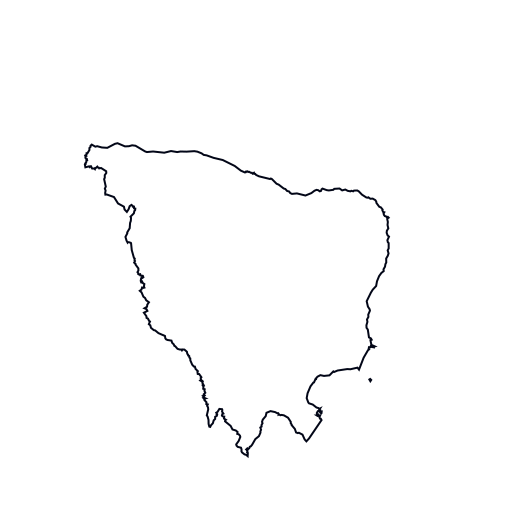 the district of Karang Asem, Bali, Indonesia, rotated 327°
{"feature_id": "22746128B60715781377305", "entity_name": "Karang Asem", "entity_type": "district", "adm_level": 2, "iso_a3": "IDN", "parent_name": "Indonesia", "parent_adm1": "Bali", "projection": "natural_earth1", "projection_center": [115.49, -8.359], "detail": "fine", "context": "isolated", "style": "outline", "palette": "ink", "viewbox_px": 512, "rotation_deg": 327, "n_neighbors": 0, "source": "geoboundaries", "source_scale": "gbopen_adm2", "svg_char_len": 6122}
<svg xmlns="http://www.w3.org/2000/svg" viewBox="0 0 512 512"><g transform="rotate(327 256 256)"><path d="M133.4,355.0L133.3,356.8L132.4,358.6L127.9,362.9L128.0,364.2L126.9,367.6L124.8,371.0L123.9,373.7L124.5,374.4L126.2,373.4L128.7,372.8L131.0,370.8L133.0,370.4L134.2,368.6L136.1,368.7L136.9,368.0L136.8,367.4L137.3,367.3L137.3,365.8L138.8,365.8L142.0,364.3L144.1,366.0L143.9,366.8L142.8,368.0L142.8,370.4L141.7,370.2L140.5,371.3L140.7,372.3L141.9,373.4L140.6,374.9L141.5,376.9L140.8,376.9L140.0,377.8L142.2,384.7L141.8,388.7L144.0,391.3L144.7,393.5L143.4,395.0L144.4,396.1L144.7,397.9L144.3,399.2L140.7,401.7L136.8,403.2L136.4,404.4L136.7,406.1L139.0,408.6L138.6,410.2L137.4,412.0L137.3,413.1L138.3,416.1L139.4,417.3L140.0,419.3L141.9,416.7L141.6,415.8L142.6,415.0L142.5,414.2L143.0,414.0L142.5,412.9L144.0,412.6L144.3,413.7L145.7,413.5L146.9,412.6L148.0,412.8L149.9,412.2L155.7,409.2L160.3,408.7L163.5,406.6L164.2,405.4L165.6,404.5L166.2,402.2L167.8,402.1L168.5,400.8L170.4,399.8L170.7,398.4L172.6,396.9L176.9,395.6L179.4,393.2L183.7,394.0L187.0,397.3L188.3,399.6L189.0,399.9L189.0,401.0L188.6,401.4L189.1,401.5L189.7,402.8L190.9,403.2L192.6,404.8L194.8,409.1L194.8,414.1L194.1,415.0L194.1,416.9L193.8,417.2L194.4,422.2L193.5,425.8L194.6,427.3L195.7,427.6L197.7,431.1L196.9,436.3L197.3,438.9L201.1,437.9L221.6,429.3L221.7,427.8L221.1,427.3L221.4,425.7L222.9,424.7L220.6,423.8L220.2,422.9L221.7,423.8L222.0,422.8L220.7,422.1L221.6,420.7L223.4,419.8L224.3,420.0L224.9,423.3L225.4,423.4L226.3,422.3L225.6,422.1L226.0,420.4L225.3,419.4L226.6,418.8L225.8,418.7L225.6,417.6L224.2,416.0L222.7,411.5L220.2,408.4L220.1,407.3L221.1,402.8L224.5,399.2L230.7,395.0L235.1,393.4L235.8,393.6L239.0,391.5L239.4,391.9L240.3,391.1L241.9,390.7L245.1,391.0L247.7,393.6L252.6,396.1L258.0,394.9L258.3,395.8L262.1,396.5L270.9,400.5L273.5,402.4L280.3,404.9L280.5,407.4L290.9,399.9L298.6,396.0L300.0,395.9L300.0,395.1L301.1,394.0L302.1,394.8L303.1,394.1L303.5,395.3L305.1,396.8L305.4,396.2L306.4,396.5L304.4,393.4L306.1,388.9L307.4,389.2L307.5,387.7L306.4,385.8L309.7,378.6L309.6,376.4L310.9,374.2L313.6,371.9L314.5,369.7L317.1,368.3L318.2,366.3L321.8,363.9L322.3,362.5L322.3,359.4L324.2,354.2L332.4,349.3L335.6,347.8L340.4,346.6L343.7,343.1L348.3,339.9L351.9,338.5L354.9,338.2L355.7,336.6L358.4,335.2L360.1,333.3L361.7,332.4L363.8,329.0L366.6,327.6L368.6,326.0L369.5,323.0L371.4,321.9L374.3,317.4L374.1,316.2L374.8,314.3L378.1,312.2L377.6,310.4L378.2,307.7L379.5,306.1L382.0,304.9L383.2,301.6L385.1,299.3L386.2,296.4L386.9,295.8L386.7,293.7L385.8,292.7L385.7,291.2L386.1,289.9L387.4,289.2L386.6,288.3L386.9,286.4L387.5,286.0L387.2,283.2L386.2,281.9L385.9,277.1L386.5,275.8L386.5,274.1L385.1,271.4L383.1,270.3L382.2,268.0L381.5,268.0L380.4,267.0L378.3,262.3L377.4,257.7L376.6,256.2L373.8,254.5L372.8,254.7L371.4,253.2L370.4,253.2L368.4,251.3L367.1,248.9L364.0,247.9L362.8,244.9L358.2,242.3L356.9,242.6L352.8,240.7L351.2,239.3L348.5,235.7L347.3,235.8L346.0,236.8L344.7,236.5L344.0,234.7L342.8,233.5L340.6,233.1L336.7,233.4L330.4,232.2L324.4,225.8L320.0,223.5L319.0,221.9L318.9,219.9L317.5,218.4L317.1,215.8L316.0,214.5L313.9,208.5L312.6,206.6L311.2,200.0L310.6,199.1L309.7,199.1L301.9,190.8L300.2,188.0L300.1,186.7L299.3,186.2L299.6,185.1L298.0,185.1L297.8,183.9L297.0,183.4L296.0,181.5L295.2,181.3L294.9,180.3L293.5,179.7L293.1,180.2L292.2,179.9L289.8,176.2L287.2,168.9L280.4,157.4L273.9,150.6L269.4,144.7L267.2,142.7L266.3,140.3L263.7,136.6L261.4,134.5L254.5,130.6L249.7,127.3L246.5,125.9L241.9,121.7L235.3,119.4L226.6,112.3L221.1,109.4L220.0,108.0L215.0,97.9L212.4,95.7L209.2,94.7L205.8,92.7L201.3,86.0L198.8,85.1L190.2,84.3L185.8,81.0L182.6,77.4L180.8,76.8L178.9,73.1L177.3,73.4L176.8,74.3L175.1,74.7L174.0,76.4L170.6,78.0L169.9,77.5L168.9,78.8L168.0,78.7L168.0,79.5L167.3,79.2L167.2,80.0L166.4,80.7L166.4,81.8L167.0,82.4L166.5,83.8L165.7,83.6L164.7,84.9L163.3,85.3L163.3,86.0L162.3,86.1L161.2,88.7L164.6,89.8L164.9,90.8L165.6,90.4L166.5,90.8L166.2,93.4L168.0,94.6L168.2,95.4L169.0,94.7L169.3,95.0L171.6,94.6L171.7,95.9L172.3,96.4L172.2,97.1L174.0,97.8L176.5,103.3L175.7,104.8L173.2,105.8L171.8,108.0L170.5,108.8L167.8,116.0L165.9,117.2L165.5,119.2L163.8,121.0L163.1,122.5L164.3,123.1L169.0,129.2L168.9,136.8L172.1,142.7L171.1,145.4L171.7,148.7L174.6,147.4L177.2,145.4L179.4,145.3L180.0,147.3L179.6,147.6L179.8,148.3L180.4,148.4L179.7,149.6L180.6,150.5L179.6,151.7L178.5,152.0L176.8,153.7L172.1,154.7L172.0,155.9L170.1,158.4L168.4,159.7L165.2,163.9L160.8,166.1L160.4,166.9L156.9,168.9L155.8,172.6L155.6,174.8L156.1,174.6L156.9,175.2L158.2,176.8L158.1,177.4L155.0,183.4L152.6,191.1L152.9,192.1L151.8,193.3L151.8,194.3L150.2,195.2L150.7,197.0L150.3,197.6L150.6,202.3L149.5,204.1L147.8,205.0L147.9,206.4L147.4,207.0L147.8,207.8L148.9,208.2L148.4,209.2L150.3,211.0L150.0,212.3L148.6,211.9L148.6,212.5L147.4,212.3L145.8,214.0L145.3,215.7L145.9,216.2L146.5,215.8L146.4,217.2L147.1,218.7L145.4,220.5L145.2,221.7L144.0,221.3L143.3,220.4L141.6,221.8L139.6,221.9L140.2,224.2L139.4,228.8L140.1,230.8L139.8,233.3L141.0,236.5L138.3,237.6L137.0,239.2L134.0,239.1L135.2,240.9L135.0,242.9L131.1,242.5L131.3,246.8L130.5,248.3L131.3,249.7L131.0,252.2L131.4,253.2L129.0,254.8L129.6,256.6L128.8,259.0L129.9,262.5L130.9,263.5L132.2,267.6L136.1,273.5L135.1,275.7L135.2,276.9L136.0,278.2L139.0,280.9L138.4,283.2L138.9,285.3L138.6,287.0L139.1,287.6L139.6,291.1L141.1,292.9L142.5,293.8L142.5,294.8L143.5,294.4L145.0,295.5L145.9,298.7L145.1,300.6L145.3,301.8L144.9,302.5L145.5,303.5L144.8,304.9L145.1,306.1L144.1,307.7L143.3,312.4L143.7,314.9L144.5,315.5L143.8,317.8L144.5,320.9L143.8,321.2L142.9,323.2L144.0,324.0L144.2,327.9L143.1,328.2L142.6,329.8L141.4,330.0L142.1,331.3L143.0,331.5L143.1,332.2L141.9,333.2L141.9,334.2L141.2,334.9L141.8,335.4L141.7,336.3L140.8,336.2L140.8,336.9L139.4,338.6L140.4,339.8L139.3,341.0L139.0,343.1L136.9,343.5L137.0,344.9L135.3,344.5L135.6,346.0L134.8,346.1L136.0,347.8L134.6,347.3L134.7,348.5L134.3,348.8L134.8,351.7L133.7,353.1L134.7,354.2L133.4,355.0ZM284.8,421.3L283.8,421.3L283.7,423.3L285.1,422.7L284.8,421.3ZM388.1,296.1L387.9,295.1L387.1,295.3L387.4,296.1L388.1,296.1Z" fill="none" stroke="#020617" stroke-width="2"/></g></svg>